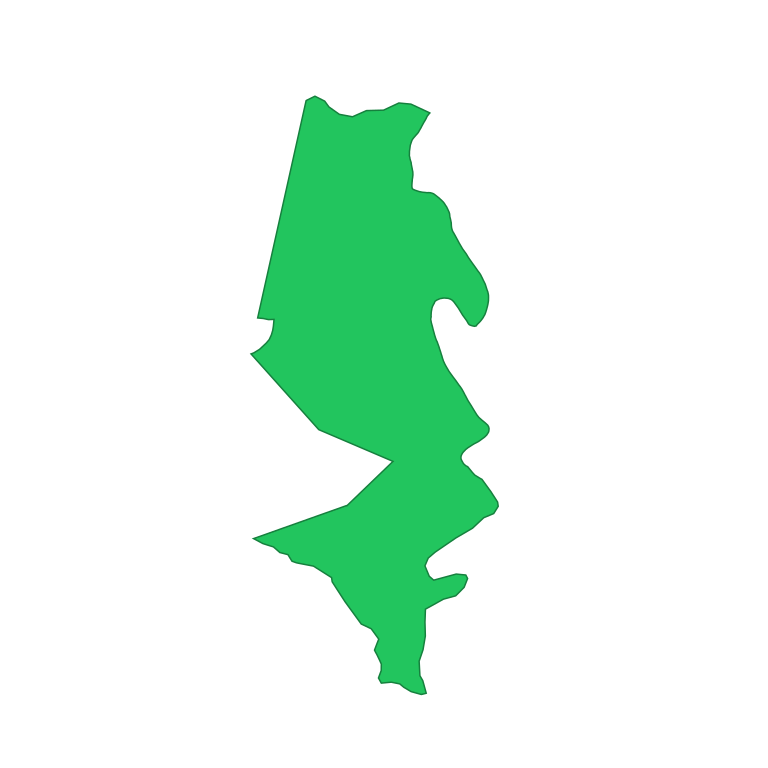 the district of De Mailly, Vieux Fort, Saint Lucia, rotated 54°
{"feature_id": "8701671B80390087772516", "entity_name": "De Mailly", "entity_type": "district", "adm_level": 2, "iso_a3": "LCA", "parent_name": "Saint Lucia", "parent_adm1": "Vieux Fort", "projection": "mercator", "projection_center": [-60.949, 13.797], "detail": "fine", "context": "isolated", "style": "filled", "palette": "green", "viewbox_px": 768, "rotation_deg": 54, "n_neighbors": 0, "source": "geoboundaries", "source_scale": "gbopen_adm2", "svg_char_len": 4850}
<svg xmlns="http://www.w3.org/2000/svg" viewBox="0 0 768 768"><g transform="rotate(54 384 384)"><path d="M658.8,532.2L659.0,531.6L646.8,527.0L641.1,526.4L628.9,518.5L621.9,508.6L612.2,498.7L600.7,490.8L590.5,482.8L593.0,462.4L597.5,450.5L595.6,438.7L590.5,430.7L586.6,430.1L580.2,437.3L571.9,459.1L566.1,460.4L555.2,457.8L550.8,450.5L550.1,441.3L550.8,416.2L552.7,397.1L550.8,381.9L552.5,374.8L553.3,371.4L550.1,363.5L546.3,361.5L541.5,361.2L535.4,360.9L534.7,360.8L518.7,360.8L516.4,361.9L511.0,364.1L507.3,364.5L500.1,364.9L499.1,365.4L498.2,365.9L497.2,366.1L495.8,366.4L494.7,366.5L493.6,366.3L493.0,366.3L491.2,366.0L489.9,365.7L488.9,365.1L488.5,364.8L488.1,364.5L487.8,364.1L487.4,363.7L486.9,362.8L486.5,362.1L486.0,361.0L485.6,359.6L485.5,359.0L485.2,357.2L485.0,356.6L485.0,355.9L484.9,353.5L485.0,352.0L485.1,350.1L485.2,348.2L485.4,345.9L485.6,344.6L485.8,343.6L485.9,342.5L486.0,342.1L486.1,340.9L486.1,339.5L486.1,337.9L486.1,336.3L486.1,334.5L486.0,333.1L485.6,330.7L485.2,329.8L484.9,328.9L484.2,327.4L482.9,326.1L481.8,325.2L480.1,324.5L478.3,324.3L476.2,324.7L474.7,325.0L474.3,325.1L470.5,326.1L466.8,326.9L463.7,327.0L463.3,327.0L459.0,326.7L454.4,326.3L453.4,326.2L451.7,326.1L446.8,325.8L442.7,325.2L441.6,325.0L441.0,325.0L437.3,324.4L434.7,324.1L434.0,324.0L431.0,323.9L428.5,324.0L424.1,323.9L418.7,324.0L412.1,324.0L406.1,323.4L403.8,323.1L400.3,322.4L398.5,321.8L398.0,321.7L396.1,321.0L395.7,320.8L393.4,320.1L392.3,319.7L391.5,319.4L389.6,318.8L388.3,318.4L386.0,317.6L383.5,316.9L381.2,316.2L379.3,315.9L376.6,315.1L375.5,314.7L374.2,314.3L372.2,313.5L368.7,312.2L366.3,311.2L362.6,309.8L362.3,309.7L359.0,308.1L357.3,306.3L356.3,305.7L355.6,305.1L355.2,304.8L354.6,304.3L354.1,303.9L352.9,302.8L351.7,301.5L350.8,300.6L350.5,300.2L349.8,299.2L349.1,297.9L348.9,297.5L348.3,296.2L348.0,295.6L347.1,294.2L347.1,293.4L347.1,292.7L347.2,291.6L347.4,290.7L347.5,290.3L347.7,289.4L347.9,288.4L348.3,287.7L348.6,287.1L348.9,286.4L349.4,285.5L349.7,284.9L350.9,283.5L351.6,282.7L352.3,281.9L352.7,281.5L353.8,280.8L354.1,280.5L355.2,280.0L356.2,279.6L357.9,279.3L359.0,279.2L361.3,279.2L365.6,279.2L366.2,279.2L374.3,279.9L381.4,279.9L382.3,280.0L384.1,280.2L384.7,280.3L386.3,280.1L387.9,279.1L388.2,278.8L388.7,278.5L389.8,277.5L390.5,276.9L390.9,275.9L391.2,275.2L390.6,273.7L390.3,271.4L390.0,269.7L389.6,268.0L388.9,265.7L388.6,264.9L388.2,264.0L387.8,263.2L387.2,261.7L386.6,260.8L385.8,259.6L384.7,258.1L384.1,257.3L383.2,256.2L382.7,255.6L382.0,254.7L380.4,252.9L378.1,250.6L376.8,249.6L375.2,248.4L373.6,247.3L372.4,246.7L372.1,246.6L370.6,245.9L368.4,245.3L366.3,244.6L362.7,243.4L360.4,243.0L357.4,242.5L356.7,242.3L354.7,242.0L352.3,241.6L350.2,241.5L347.2,241.6L343.0,241.5L337.8,241.5L332.2,241.4L330.4,241.3L327.3,241.0L320.9,241.0L313.9,240.3L313.3,240.2L307.4,239.4L305.0,239.1L304.0,239.0L303.4,238.9L300.9,238.7L300.2,238.5L298.9,238.1L297.4,237.5L295.6,236.5L293.2,234.9L289.7,233.3L287.4,232.4L284.9,230.9L283.1,230.3L280.1,229.7L277.9,229.3L277.3,229.2L275.6,229.2L273.4,229.0L271.3,229.1L270.9,229.2L268.9,229.5L267.8,229.8L266.3,230.0L262.4,231.1L261.0,231.5L259.8,231.9L259.4,232.0L258.9,232.3L258.1,232.8L256.7,233.9L256.2,234.4L255.1,235.8L254.7,236.5L254.2,237.1L253.6,237.7L251.4,240.2L249.9,241.6L248.9,242.5L245.4,245.0L244.0,245.8L243.1,246.2L242.0,246.1L241.5,245.8L240.9,245.5L240.1,245.0L239.6,244.6L238.6,243.8L237.4,242.8L236.2,241.7L235.3,241.0L234.9,240.6L233.6,239.3L232.8,238.6L232.3,238.1L231.4,237.4L229.9,236.4L229.3,236.0L227.7,235.3L226.9,234.9L225.0,234.0L223.9,233.5L222.8,233.0L220.6,231.8L219.3,231.4L218.2,231.0L216.6,230.4L216.2,230.1L214.2,229.3L212.7,228.1L210.8,226.7L208.5,224.5L206.3,222.4L204.0,219.2L203.1,217.8L202.9,217.3L202.5,216.1L202.1,214.6L202.0,214.1L201.6,212.4L201.2,210.6L201.1,209.9L200.6,208.2L199.9,206.7L199.2,205.2L198.9,204.5L198.5,203.5L198.1,202.8L197.5,201.6L196.5,199.5L195.7,197.8L195.1,196.3L194.5,195.0L194.1,194.1L192.7,191.6L192.2,189.7L191.9,188.8L191.7,187.6L191.2,187.8L173.4,197.7L165.4,206.8L162.2,223.4L152.5,237.5L149.3,252.4L139.6,261.6L127.5,265.7L120.3,265.7L110.6,270.7L109.0,279.8L109.0,280.5L180.4,361.4L256.3,447.4L260.0,443.2L264.0,439.6L267.1,435.0L272.3,439.6L275.2,442.5L278.1,446.3L280.6,450.8L281.7,455.3L282.8,464.3L282.3,471.0L281.5,473.9L382.6,463.6L451.9,422.2L460.7,485.7L460.3,485.9L432.4,580.4L441.9,575.8L447.2,571.9L450.8,569.2L454.7,568.3L459.2,567.3L459.5,567.0L465.6,562.0L468.9,562.3L473.3,562.6L477.1,560.0L479.0,558.3L489.9,548.1L509.8,540.2L513.6,542.2L522.5,542.7L537.3,543.5L564.8,543.5L574.5,538.2L587.3,538.2L590.3,542.9L593.7,548.1L596.2,548.5L598.8,548.8L605.3,550.0L609.0,550.8L614.2,554.7L618.0,560.4L618.6,561.3L624.4,562.0L629.5,553.4L635.9,547.5L638.0,547.0L641.1,546.2L643.6,545.1L648.8,542.9L657.1,536.3L657.7,534.9L658.8,532.2Z" fill="#22c55e" stroke="#15803d" stroke-width="1.5"/></g></svg>